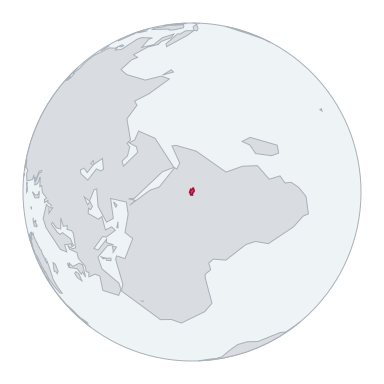 globe centered on Gambela Peoples, rotated 262°
{"feature_id": "ETH-3130", "entity_name": "Gambela Peoples", "entity_type": "Administrative State", "adm_level": 1, "iso_a3": "ETH", "parent_name": "Ethiopia", "parent_adm1": "", "projection": "orthographic", "projection_center": [34.092, 7.81], "detail": "fine", "context": "on_globe", "style": "filled", "palette": "rose", "viewbox_px": 384, "rotation_deg": 262, "n_neighbors": 0, "source": "natural_earth", "source_scale": "10m", "svg_char_len": 8633}
<svg xmlns="http://www.w3.org/2000/svg" viewBox="0 0 384 384"><g transform="rotate(262 192 192)"><circle cx="192" cy="192" r="169" fill="#eef3f6" stroke="#a8b0b8"/><path d="M113.6,42.3L112.6,42.9L108.5,45.1L113.6,42.3ZM106.8,46.1L104.9,47.3L109.3,44.8L98.8,51.4L91.0,57.9L88.3,59.9L84.2,62.3L85.4,60.9L95.9,53.1L106.8,46.1ZM76.0,69.1L75.0,70.1L74.9,70.3L77.2,68.3L74.7,70.7L72.3,72.8L76.0,69.1ZM23.9,174.6L24.0,181.6L24.0,189.3L23.7,193.4L24.4,195.6L24.5,198.5L29.7,206.7L34.6,216.0L36.0,226.2L34.8,236.4L40.6,260.0L40.3,265.4L44.9,274.8L48.2,280.8L42.2,270.1L36.9,258.9L32.4,247.5L28.8,235.7L26.0,223.7L24.2,211.5L23.2,199.2L23.1,186.9L23.9,174.6ZM145.2,29.7L146.3,29.3L149.0,28.6L145.2,29.7ZM156.6,26.8L154.3,27.4L151.8,27.9L154.3,27.3L156.6,26.8ZM164.2,25.4L163.4,25.5L164.2,25.4ZM166.9,24.9L168.0,24.7L165.9,25.1L165.6,25.1L166.9,24.9ZM171.4,24.5L164.9,25.4L163.7,25.5L170.1,24.5L171.4,24.5ZM287.3,52.5L287.8,52.8L287.7,52.8L297.7,60.2L307.2,68.4L315.9,77.2L321.7,83.9L326.7,90.0L329.7,94.2L331.3,96.7L327.0,90.6L324.9,88.5L322.2,85.0L323.3,87.8L319.5,83.0L322.2,88.1L325.6,91.9L326.1,90.8L330.0,97.8L335.7,104.8L340.7,113.7L346.2,130.2L345.1,135.9L346.0,138.9L343.2,135.8L343.1,142.2L350.9,158.8L351.9,163.9L350.0,174.3L349.4,170.5L342.2,162.3L343.3,174.7L348.9,184.1L350.9,196.0L347.7,192.8L345.4,182.4L342.8,179.2L341.7,168.4L336.1,153.2L332.8,156.8L331.3,150.5L323.1,138.7L317.4,143.6L309.3,161.4L311.1,177.7L307.1,185.3L295.2,162.9L290.0,147.8L285.6,149.6L273.5,137.7L252.2,138.3L249.3,134.5L245.3,136.6L236.7,133.1L232.3,127.0L227.1,127.7L238.9,143.8L244.5,143.3L249.4,136.6L251.6,142.6L259.8,147.6L250.3,162.9L218.9,177.5L216.1,165.4L193.4,133.5L194.2,129.9L194.1,129.5L193.9,128.8L191.6,134.7L187.7,128.6L199.6,150.6L201.5,160.3L218.5,178.2L216.8,180.2L222.3,183.9L240.4,178.6L240.4,182.7L231.8,201.9L207.0,228.4L210.5,245.7L209.0,260.4L193.9,270.3L195.7,281.4L188.0,285.3L187.8,291.6L181.8,298.2L171.7,304.3L154.1,304.2L152.7,298.7L143.3,287.6L130.2,260.4L134.2,248.0L132.5,238.1L119.8,216.0L122.6,203.9L119.3,198.7L112.4,199.7L108.6,193.5L104.5,193.2L79.1,196.3L71.7,187.9L63.7,163.2L68.6,153.9L70.0,143.0L103.8,108.4L110.3,110.7L136.1,107.0L139.2,108.4L135.4,116.4L154.2,126.8L161.2,120.0L178.9,125.7L191.2,125.6L196.9,110.5L176.8,110.4L174.0,103.2L190.7,97.0L208.4,98.0L207.9,95.3L197.4,89.3L202.1,84.6L193.8,86.9L196.7,89.6L191.6,91.4L188.6,89.1L190.4,87.3L185.2,86.2L178.1,95.5L180.3,99.3L166.4,101.0L168.7,107.6L164.7,110.7L159.3,100.8L160.3,97.2L149.8,87.1L147.5,90.9L157.3,100.9L153.9,100.1L150.9,106.2L150.6,100.9L140.6,89.8L128.5,92.1L111.9,106.9L105.1,108.1L99.8,105.0L107.0,90.0L121.5,89.1L124.2,84.6L122.3,78.1L126.8,78.7L127.8,76.2L133.4,75.9L142.2,70.2L148.0,69.7L152.4,62.7L156.0,61.7L152.4,65.9L153.0,69.0L167.5,68.8L170.6,67.3L172.3,63.0L176.1,63.9L175.9,59.8L184.7,58.4L173.7,56.9L175.4,52.7L181.3,49.7L179.8,48.3L170.4,53.3L168.3,55.6L169.8,58.0L162.6,65.2L157.4,66.4L157.5,58.5L150.1,59.7L153.4,53.7L177.0,42.5L186.4,40.9L199.9,46.1L197.1,48.4L190.9,47.4L195.8,51.8L195.8,49.8L199.0,50.7L201.4,47.6L203.7,48.2L202.0,44.5L205.2,44.8L206.2,47.2L212.5,43.7L219.3,44.1L219.5,43.1L217.9,41.9L227.6,43.8L227.4,43.0L224.2,42.0L221.6,40.0L220.9,37.3L224.3,38.1L225.0,39.1L231.6,42.9L233.0,46.0L234.3,46.2L233.9,43.6L225.8,39.0L224.4,37.2L228.7,39.1L227.0,38.2L227.4,37.6L231.0,37.9L226.5,35.8L225.9,30.1L232.7,30.7L236.6,32.5L239.7,31.1L247.2,33.0L244.1,31.9L243.6,31.3L241.3,30.6L239.8,30.1L238.8,29.6L251.6,33.9L264.0,39.1L275.9,45.4L287.3,52.5ZM91.5,126.0L90.4,129.2L91.5,126.0ZM226.9,107.5L237.7,108.0L233.2,98.9L237.0,98.5L234.1,95.8L232.8,98.3L225.8,90.9L230.6,88.4L229.5,84.7L225.9,84.4L218.2,90.4L228.2,100.6L225.6,104.4L226.9,107.5ZM76.7,68.5L76.9,68.3L76.2,69.0L75.4,69.7L76.7,68.5ZM80.2,67.2L76.2,71.0L78.4,68.5L76.5,69.9L78.9,66.9L87.1,60.8L83.0,63.9L80.2,67.2ZM84.4,61.7L82.0,63.9L84.3,61.8L84.4,61.7ZM127.8,64.5L129.3,65.9L126.7,68.6L119.4,70.6L123.1,66.6L127.8,64.5ZM132.2,67.4L134.3,59.7L139.0,58.6L136.0,60.4L138.8,60.5L134.8,63.5L137.2,70.5L135.0,73.5L122.6,74.8L127.9,72.5L126.0,71.0L132.2,67.4ZM131.6,46.6L132.6,44.5L141.4,44.6L139.4,46.6L132.0,48.4L129.9,47.1L131.6,46.6ZM133.2,33.6L133.3,33.6L131.2,34.4L133.2,33.6ZM126.1,36.4L129.5,35.0L131.8,34.2L137.8,32.0L149.2,28.6L149.7,28.4L144.8,29.8L145.5,29.6L133.1,34.0L132.2,34.2L126.0,37.1L121.3,38.9L125.5,36.8L117.2,40.8L119.1,39.6L113.8,42.4L120.8,38.8L126.1,36.4ZM174.5,27.6L171.1,27.4L173.5,28.9L168.6,29.4L169.2,29.5L165.4,30.5L161.8,32.0L159.7,32.1L159.2,32.8L156.6,33.6L155.3,34.6L151.0,35.2L148.9,36.5L148.1,36.1L145.7,38.3L145.6,37.0L142.3,38.3L144.1,38.9L124.6,42.4L116.5,45.7L109.8,49.4L110.5,47.3L117.2,42.8L126.5,38.0L134.2,35.5L133.1,35.3L136.5,34.1L136.0,34.7L138.8,33.1L141.4,32.4L149.8,29.7L152.3,28.3L155.4,27.5L155.7,27.7L158.6,26.8L161.4,26.7L163.6,26.3L168.7,26.0L168.0,27.0L170.6,26.5L174.5,26.5L174.5,27.6ZM172.6,24.4L173.0,25.0L170.4,25.7L162.8,26.0L160.3,26.4L155.3,27.2L159.1,26.3L160.2,26.1L162.1,25.8L160.1,26.1L163.1,25.6L164.7,25.4L167.5,25.0L166.8,25.3L172.6,24.4ZM143.2,105.5L145.7,105.8L149.7,105.5L147.9,109.6L143.2,105.5ZM136.2,97.9L138.5,97.4L137.8,102.5L135.3,102.3L136.2,97.9ZM140.4,93.1L138.7,97.0L138.1,94.8L140.4,93.1ZM154.6,65.5L157.1,64.9L157.2,65.9L155.5,67.5L154.6,65.5ZM180.7,34.0L179.2,33.4L180.1,33.0L179.8,31.1L183.4,30.9L185.0,32.0L180.7,34.0ZM193.2,113.0L189.3,115.9L187.6,114.5L189.2,113.8L193.2,113.0ZM167.3,112.6L172.9,114.6L166.7,113.7L167.3,112.6ZM184.6,33.5L184.1,32.7L186.2,33.1L184.6,33.5ZM186.0,30.7L188.6,31.1L183.8,30.7L186.0,30.7ZM255.8,330.1L256.5,331.7L254.0,332.0L255.8,330.1ZM238.0,257.2L226.5,282.9L218.5,283.2L216.9,275.9L221.2,260.4L230.5,255.8L235.1,248.6L238.0,257.2ZM357.9,221.8L358.1,222.3L358.0,223.1L357.9,221.8ZM357.9,219.4L358.4,219.3L357.5,221.2L357.9,219.4ZM358.5,219.3L359.0,217.5L359.2,216.0L359.0,217.7L358.5,219.3ZM357.4,219.7L353.1,220.8L350.9,219.3L351.8,216.3L355.4,216.1L357.4,219.7ZM351.6,216.2L347.7,209.0L339.4,187.0L342.4,186.9L350.5,199.6L350.1,202.2L352.5,208.0L351.6,216.2ZM359.4,199.4L358.9,206.9L356.9,206.9L355.8,206.1L355.1,196.8L355.5,191.9L356.6,191.7L358.5,174.6L359.6,178.2L359.5,185.3L360.3,191.4L359.4,199.4ZM311.9,179.1L315.9,188.5L313.4,190.4L311.9,179.1ZM357.6,163.1L357.9,170.4L357.1,160.8L357.6,163.1ZM356.1,154.3L356.9,157.7L356.0,154.5L356.1,154.3ZM347.5,143.6L346.4,144.7L345.6,142.3L346.4,139.5L347.5,143.6ZM344.6,121.4L347.6,128.2L348.4,130.6L346.5,126.6L344.6,121.4ZM214.5,33.9L210.9,36.5L210.6,38.9L214.2,40.9L207.6,39.6L208.0,35.7L214.5,33.9ZM224.1,30.3L221.0,29.1L223.3,29.3L224.4,29.6L224.1,30.3ZM221.5,29.8L215.8,29.1L214.7,28.2L219.4,28.9L221.5,29.8ZM200.2,30.3L198.8,31.0L197.2,30.5L200.2,30.3ZM329.9,289.7L329.5,290.2L330.0,289.1L333.5,284.0L341.0,269.5L345.6,259.8L350.8,249.6L351.4,247.9L347.2,258.9L342.1,269.5L336.3,279.8L329.9,289.7ZM360.9,188.5L360.6,192.9L360.7,197.4L360.9,194.1L360.7,198.6L360.4,206.0L360.1,209.0L360.5,200.9L359.8,209.6L359.6,209.6L360.0,202.3L360.5,193.3L360.7,189.5L360.9,187.8L360.9,188.5ZM360.0,173.7L359.4,169.4L359.5,171.9L358.5,163.1L360.0,173.7ZM358.2,162.2L358.5,164.4L357.7,159.4L358.2,162.2ZM358.1,162.5L357.2,158.4L357.5,158.8L358.1,162.5ZM357.9,159.8L358.3,162.3L356.9,155.2L357.6,158.4L357.9,159.8ZM354.9,149.3L356.9,155.7L355.7,153.3L351.9,140.2L352.2,139.6L354.9,149.3ZM238.5,29.8L236.7,29.2L238.0,29.5L238.5,29.8ZM232.3,27.9L232.1,28.0L230.9,27.6L232.3,27.9ZM231.9,28.3L231.3,27.8L233.9,28.8L231.9,28.3Z" fill="#d9dde1" stroke="#a8b0b8" stroke-width="1"/><path d="M191.0,190.4L191.1,190.2L191.3,190.2L191.5,190.2L191.9,189.9L192.0,189.8L192.0,189.7L192.2,189.8L192.4,189.7L192.5,189.7L192.8,189.8L193.0,190.0L193.5,190.3L193.6,190.5L193.8,190.6L194.0,190.7L194.1,190.8L194.3,190.9L194.5,190.9L194.8,190.9L194.9,191.0L194.7,191.1L194.4,191.2L194.3,191.3L194.5,191.3L194.3,191.7L194.3,191.8L194.3,192.1L194.5,192.2L194.6,192.3L194.7,192.5L194.8,192.6L195.0,192.7L195.1,192.8L195.0,193.0L195.3,193.0L195.4,192.9L195.5,192.8L195.4,192.9L195.5,193.0L195.7,193.5L195.6,193.8L195.6,194.0L195.4,194.0L195.2,194.0L194.9,193.9L194.8,194.0L194.7,194.0L194.3,194.1L194.2,194.1L193.9,194.3L193.7,194.3L193.4,194.3L193.3,194.2L193.2,194.2L192.9,194.2L192.7,194.3L192.6,194.2L192.4,194.1L192.3,193.9L192.2,193.9L191.8,193.7L191.8,193.4L191.8,193.2L191.4,192.8L191.3,192.7L191.2,192.7L190.9,192.5L190.9,192.4L190.7,192.4L190.4,192.3L190.3,192.2L190.2,192.2L189.9,192.2L189.9,192.3L189.7,192.2L189.4,192.1L189.2,192.0L188.9,192.0L188.9,191.9L188.8,191.7L188.9,191.4L189.1,191.2L189.3,191.1L189.4,190.9L189.4,190.7L189.3,190.4L189.3,190.2L189.5,190.1L189.9,190.2L190.0,190.1L190.3,190.0L190.5,190.1L190.8,190.3L191.0,190.4Z" fill="#f43f5e" stroke="#9f1239" stroke-width="1.5"/></g></svg>